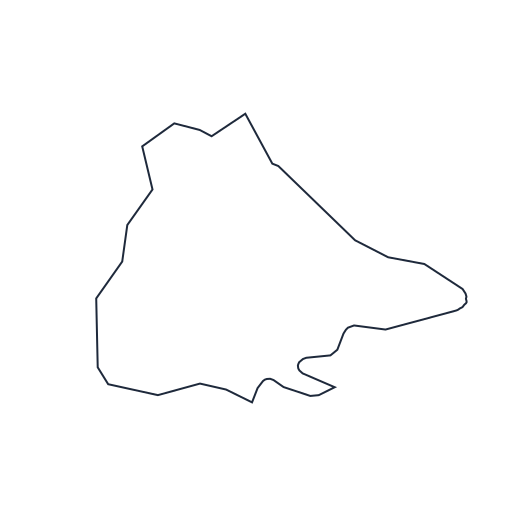 the border of Bromley, rotated 161°
{"feature_id": "GBR-2063", "entity_name": "Bromley", "entity_type": "London Borough", "adm_level": 1, "iso_a3": "GBR", "parent_name": "United Kingdom", "parent_adm1": "", "projection": "natural_earth1", "projection_center": [0.01, 51.361], "detail": "fine", "context": "isolated", "style": "outline", "palette": "slate", "viewbox_px": 512, "rotation_deg": 161, "n_neighbors": 0, "source": "natural_earth", "source_scale": "10m", "svg_char_len": 1015}
<svg xmlns="http://www.w3.org/2000/svg" viewBox="0 0 512 512"><g transform="rotate(161 256 256)"><path d="M437.5,182.9L441.9,202.3L420.9,267.9L384.3,294.3L367.6,327.2L332.2,352.6L327.9,396.7L290.1,408.0L268.2,393.5L259.0,383.7L219.8,394.0L210.5,338.0L205.6,333.8L157.2,238.6L131.5,211.8L99.4,193.6L71.4,157.5L70.1,152.3L70.2,150.1L70.2,149.3L70.4,149.0L70.5,148.6L71.3,147.5L71.4,147.2L71.5,146.5L71.6,144.9L71.8,144.1L71.9,143.8L72.2,143.5L72.9,142.9L74.0,142.5L75.1,142.0L77.0,140.7L77.4,140.5L77.8,140.4L78.2,140.3L80.0,140.1L80.5,140.0L82.1,139.5L82.6,139.4L83.7,139.3L84.8,139.3L157.5,144.3L185.9,158.4L192.4,158.3L195.0,157.0L198.5,154.2L209.6,140.9L218.0,137.8L241.6,143.4L245.2,143.3L249.8,141.5L251.2,140.0L252.0,138.9L252.6,136.3L252.5,134.9L252.2,133.6L250.1,129.8L224.3,106.3L242.0,104.0L250.2,106.0L272.6,123.1L279.8,133.0L282.6,135.3L285.8,136.2L287.9,136.2L290.1,135.5L297.5,130.6L307.4,118.9L327.8,139.5L350.5,153.6L394.1,156.4L437.5,182.9Z" fill="none" stroke="#1e293b" stroke-width="2"/></g></svg>